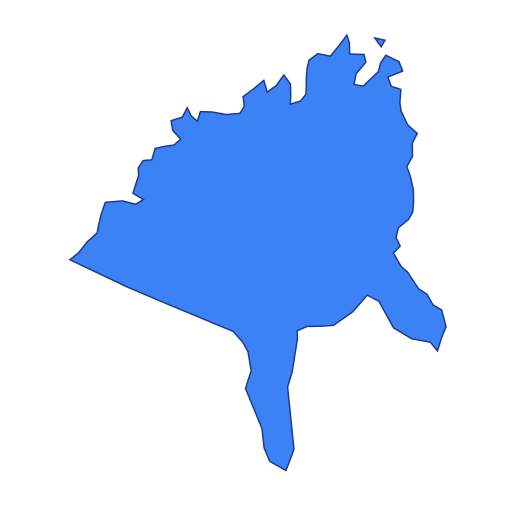 São Valério do Sul, Rio Grande do Sul, Brazil, rotated 87°
{"feature_id": "56859067B99294936574349", "entity_name": "São Valério do Sul", "entity_type": "district", "adm_level": 2, "iso_a3": "BRA", "parent_name": "Brazil", "parent_adm1": "Rio Grande do Sul", "projection": "orthographic", "projection_center": [-53.922, -27.829], "detail": "fine", "context": "isolated", "style": "filled", "palette": "blue", "viewbox_px": 512, "rotation_deg": 87, "n_neighbors": 0, "source": "geoboundaries", "source_scale": "gbopen_adm2", "svg_char_len": 1569}
<svg xmlns="http://www.w3.org/2000/svg" viewBox="0 0 512 512"><g transform="rotate(87 256 256)"><path d="M81.0,239.0L88.9,249.6L96.2,260.5L105.9,259.9L112.7,264.5L113.2,277.9L109.9,292.3L108.9,304.0L118.3,307.5L112.7,313.4L104.4,316.9L113.5,322.3L116.4,333.7L126.3,332.6L135.3,325.1L140.9,332.1L141.8,342.1L143.3,351.0L154.5,355.0L154.8,363.6L161.9,369.0L169.5,369.0L177.5,372.1L186.9,375.6L193.7,365.5L198.0,373.5L194.0,386.5L194.5,403.6L205.1,408.0L215.8,411.3L224.6,413.4L233.4,424.2L243.6,433.1L250.0,442.1L279.8,387.0L294.8,356.4L307.2,330.6L330.1,282.8L341.6,273.6L351.2,269.0L370.3,266.8L387.7,273.4L428.5,259.1L448.3,257.9L461.8,253.0L471.8,237.3L451.1,228.2L388.5,231.3L373.5,225.9L340.4,218.9L332.9,218.9L329.0,208.6L329.5,196.0L329.3,182.3L316.7,162.2L300.9,147.0L307.7,135.6L334.9,122.4L346.8,104.9L351.2,86.4L360.3,79.7L347.8,75.2L336.6,69.9L319.6,73.4L314.1,81.8L303.2,87.2L297.2,95.4L279.7,105.7L274.3,111.5L260.1,118.7L253.6,111.5L244.9,115.2L235.3,112.4L227.4,101.7L220.3,97.2L210.4,95.8L198.0,95.4L184.6,97.7L174.5,100.7L164.8,94.5L151.6,94.0L142.1,88.6L132.9,97.7L119.0,103.5L110.4,104.3L97.2,102.6L93.7,112.0L84.2,115.0L79.0,99.8L69.5,103.0L62.3,115.9L69.8,121.5L78.2,124.1L92.1,140.2L89.8,149.1L79.3,146.5L68.3,136.2L60.4,137.6L59.2,151.9L48.0,151.6L40.2,153.7L50.4,162.2L60.3,171.3L57.2,183.7L63.2,192.8L71.1,195.1L79.3,196.3L88.1,196.8L97.2,197.7L103.6,203.5L106.1,213.8L97.7,212.9L86.1,212.6L76.7,218.7L86.9,226.9L92.9,236.2L81.0,239.0ZM53.6,120.1L47.3,115.9L44.5,125.9L53.6,120.1Z" fill="#3b82f6" stroke="#1e3a8a" stroke-width="1.5"/></g></svg>